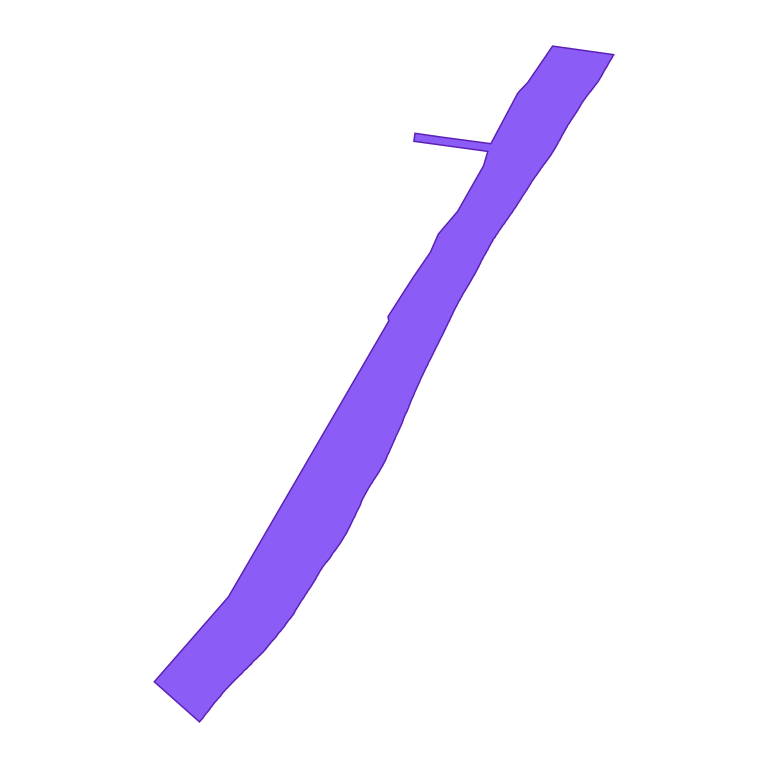 the district of Villa Gesell, Buenos Aires, Argentina
{"feature_id": "61730980B33740437048301", "entity_name": "Villa Gesell", "entity_type": "district", "adm_level": 2, "iso_a3": "ARG", "parent_name": "Argentina", "parent_adm1": "Buenos Aires", "projection": "natural_earth1", "projection_center": [-57.039, -37.367], "detail": "fine", "context": "isolated", "style": "filled", "palette": "violet", "viewbox_px": 768, "rotation_deg": 0, "n_neighbors": 0, "source": "geoboundaries", "source_scale": "gbopen_adm2", "svg_char_len": 6067}
<svg xmlns="http://www.w3.org/2000/svg" viewBox="0 0 768 768"><path d="M552.6,46.1L527.6,82.7L520.0,90.6L517.7,93.3L490.9,143.7L441.4,137.1L415.0,133.3L413.9,141.3L487.8,151.4L483.6,165.7L457.6,211.4L438.4,234.0L430.3,252.4L412.7,278.1L388.0,316.6L388.8,321.0L228.4,596.9L154.3,681.8L199.5,721.9L200.5,720.6L202.0,719.1L202.8,718.1L203.4,717.1L205.6,714.2L206.0,713.4L207.6,712.0L207.8,711.5L208.8,710.5L208.9,710.2L209.6,709.5L210.4,708.0L211.0,707.4L212.2,705.7L213.1,704.7L213.5,704.0L214.0,703.5L214.6,702.5L215.7,701.5L216.3,700.7L217.2,699.8L217.7,698.9L218.7,698.0L220.4,696.2L222.1,693.7L222.8,692.9L223.4,692.0L224.5,691.0L226.0,689.1L227.5,687.9L228.5,686.5L228.7,686.4L229.0,685.9L229.8,685.4L230.7,684.5L231.2,683.7L231.9,683.1L232.0,682.9L232.4,682.5L232.7,682.3L233.0,681.9L233.4,681.7L233.6,681.2L234.7,680.4L235.1,679.6L235.8,679.0L236.1,678.9L236.6,678.4L237.0,677.9L237.5,677.6L237.8,677.1L238.7,676.4L238.8,676.1L240.2,674.9L240.9,674.3L242.1,673.2L243.1,671.8L243.9,671.0L244.4,670.3L245.3,669.6L245.6,669.3L245.8,669.3L246.4,668.9L247.5,667.7L247.8,667.2L248.8,666.4L249.5,665.4L250.6,664.8L250.9,664.3L251.5,663.9L251.7,663.6L252.8,661.8L253.2,661.5L253.5,661.1L254.3,660.4L256.7,658.4L258.5,656.4L260.0,655.2L261.7,653.3L262.2,653.0L263.6,651.5L265.1,649.7L266.2,648.6L266.6,647.8L267.4,647.0L268.8,645.1L269.5,644.3L270.0,643.6L270.7,642.9L271.2,642.0L271.8,641.6L272.0,641.2L274.3,638.9L275.0,637.9L275.8,637.2L276.7,635.9L277.4,634.8L278.2,633.8L278.6,633.1L280.9,630.7L281.9,629.3L283.5,627.4L284.5,626.2L285.1,625.1L285.6,624.4L285.9,623.9L287.7,621.7L288.3,620.5L289.6,619.2L290.5,618.2L290.7,617.8L291.6,616.9L292.2,615.7L292.8,615.2L293.7,613.9L294.3,612.9L295.3,610.7L296.4,608.9L296.5,608.6L297.2,607.9L297.7,606.7L298.5,605.8L298.8,605.1L299.6,604.0L300.0,603.0L300.6,602.2L300.9,601.4L302.4,599.5L304.2,596.9L305.2,595.0L307.4,591.9L307.6,591.2L307.8,590.9L307.9,590.7L309.7,588.4L311.1,586.3L312.6,583.8L312.9,583.5L313.0,583.1L313.6,582.4L314.2,581.2L315.1,580.1L315.8,578.7L316.6,576.9L316.9,576.5L318.3,574.2L320.0,571.1L321.5,568.9L322.0,568.0L322.4,567.6L322.8,566.6L323.4,566.0L325.9,562.7L327.3,561.3L327.8,560.5L329.0,559.2L329.4,558.5L330.0,557.9L331.4,555.7L332.1,554.3L332.7,553.3L334.8,550.9L335.2,550.2L336.5,548.6L337.1,547.3L337.7,546.7L338.6,545.4L338.9,545.0L340.4,543.1L340.8,542.1L341.5,541.2L342.2,540.0L343.0,538.8L344.7,535.8L345.2,535.2L346.8,532.5L348.5,528.8L348.6,528.7L349.3,527.4L349.7,526.9L350.3,525.3L350.7,524.6L351.8,522.2L352.6,520.6L352.9,519.8L353.8,518.1L354.0,517.9L354.2,517.5L354.6,517.0L355.0,515.8L355.5,514.8L355.8,514.0L357.0,511.3L357.6,510.4L357.8,509.7L358.3,509.0L359.3,506.9L360.4,504.8L361.6,501.0L361.9,500.6L363.1,497.9L363.7,497.1L364.0,496.4L364.7,494.9L365.0,494.6L367.0,490.9L367.7,489.8L368.7,487.8L370.2,485.7L370.5,484.9L371.0,484.1L371.5,483.7L373.1,480.8L373.5,480.3L374.1,479.3L374.6,478.7L377.1,474.8L377.4,474.6L377.7,473.7L378.0,473.4L379.2,471.6L381.5,467.4L382.5,466.0L382.9,465.0L384.0,463.1L384.3,462.2L385.3,460.8L387.6,454.9L389.1,452.2L390.3,449.1L391.1,447.5L391.4,446.6L392.1,445.3L392.5,444.2L394.9,439.0L396.1,435.9L397.4,433.5L398.1,431.7L398.7,430.8L399.1,429.5L399.5,429.0L400.0,427.6L400.7,426.3L402.3,422.6L403.6,418.6L404.4,416.7L405.3,414.5L406.1,413.0L406.8,411.8L407.8,409.3L408.7,407.3L409.2,405.4L409.8,404.3L410.2,403.0L410.9,401.3L411.7,399.3L412.2,398.4L412.7,397.2L413.7,395.2L415.1,391.4L416.2,389.3L417.2,386.7L417.6,386.1L418.7,383.6L419.4,382.4L420.4,379.5L421.7,376.9L422.2,375.8L422.8,374.8L423.5,373.0L425.0,370.1L425.8,368.2L427.7,364.7L428.8,361.9L430.5,359.0L431.2,357.4L431.7,356.6L432.3,355.0L433.1,353.9L433.8,352.0L434.6,350.7L435.1,349.5L435.7,348.4L436.5,346.6L438.3,343.3L439.0,341.7L439.8,340.2L439.9,339.8L444.0,331.9L444.5,330.5L445.7,328.4L445.9,327.6L447.7,324.1L447.9,323.4L449.4,320.7L450.7,317.7L452.9,313.2L453.0,312.9L453.3,312.1L453.7,311.5L455.3,308.1L456.5,306.1L456.9,305.2L458.2,302.8L458.7,301.5L459.5,300.5L460.8,297.9L462.0,296.1L462.6,294.7L463.5,293.0L464.9,290.9L465.3,290.0L466.1,289.0L467.6,286.3L468.9,284.3L470.9,280.7L471.5,279.8L471.8,279.0L472.4,278.2L472.8,277.2L474.8,274.1L476.2,271.3L477.6,268.8L477.9,267.9L478.7,266.9L479.2,265.5L480.7,262.7L481.2,261.0L482.1,259.8L482.6,258.7L483.2,257.9L483.8,256.2L484.6,255.2L485.2,254.0L486.1,252.8L486.5,251.7L486.8,251.2L487.0,250.7L487.9,249.7L488.7,247.5L489.5,246.5L489.8,245.6L490.5,244.5L491.2,243.0L492.3,241.6L493.3,239.1L495.3,237.0L495.9,235.4L496.5,234.6L497.2,233.9L497.8,233.0L498.1,232.2L498.6,231.5L499.7,229.8L500.6,228.9L501.3,227.5L501.8,226.9L502.6,225.6L504.2,223.8L506.1,220.7L507.3,219.4L507.7,218.6L508.0,218.2L509.0,216.6L509.3,216.3L509.5,215.8L510.3,214.9L511.0,213.8L511.7,213.1L513.9,209.4L514.9,208.3L515.1,207.9L516.0,206.7L517.2,204.7L517.6,203.8L518.5,202.8L519.1,201.6L519.6,201.1L520.1,200.1L521.2,198.6L522.1,196.8L525.6,191.6L526.1,190.7L526.7,190.1L526.9,189.8L528.0,187.8L529.0,186.3L529.4,185.5L530.5,183.9L532.2,180.9L533.2,179.7L535.4,176.4L536.6,175.0L537.3,173.8L538.2,172.7L539.3,171.0L539.8,170.5L540.6,168.9L542.0,167.3L543.4,165.0L545.2,163.0L546.0,161.8L546.1,161.5L547.0,160.5L549.5,156.9L550.1,156.3L552.0,153.2L552.2,152.7L553.1,151.6L554.1,149.7L554.6,149.0L555.8,147.2L556.2,145.9L556.8,145.3L557.3,144.5L558.3,142.2L558.8,141.6L558.8,141.2L559.6,140.3L560.5,138.6L562.2,135.2L563.0,133.9L563.4,133.1L564.1,132.0L564.6,130.7L565.2,130.2L565.9,128.5L566.8,127.4L567.6,125.5L568.0,125.0L568.4,124.2L569.1,123.4L570.2,121.7L571.1,120.1L571.9,119.1L572.8,117.5L573.4,116.8L573.6,116.4L574.0,115.9L575.2,114.0L575.7,113.3L576.2,112.5L576.5,112.2L576.9,111.3L577.4,110.8L579.2,107.6L579.7,107.0L580.8,104.8L581.4,104.0L581.9,103.0L582.2,102.4L582.7,102.0L583.0,101.3L584.9,98.8L586.0,97.1L586.9,96.1L587.5,95.0L588.3,94.2L589.2,92.8L590.7,91.3L591.5,90.3L592.3,89.0L593.1,88.2L594.0,87.0L594.3,86.4L596.2,84.1L596.9,83.0L597.8,82.0L600.7,77.3L601.1,76.5L601.4,76.2L604.3,70.7L607.3,65.9L608.7,63.1L612.2,57.5L612.7,56.4L613.7,54.7L552.6,46.1Z" fill="#8b5cf6" stroke="#5b21b6" stroke-width="1.5"/></svg>